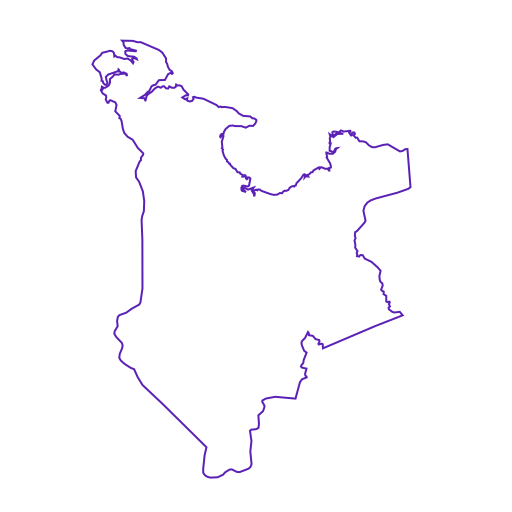 Metuge, Cabo Delgado, Mozambique, rotated 268°
{"feature_id": "85939544B43724113746926", "entity_name": "Metuge", "entity_type": "district", "adm_level": 2, "iso_a3": "MOZ", "parent_name": "Mozambique", "parent_adm1": "Cabo Delgado", "projection": "albers", "projection_center": [40.398, -12.923], "detail": "fine", "context": "isolated", "style": "outline", "palette": "violet", "viewbox_px": 512, "rotation_deg": 268, "n_neighbors": 0, "source": "geoboundaries", "source_scale": "gbopen_adm2", "svg_char_len": 6141}
<svg xmlns="http://www.w3.org/2000/svg" viewBox="0 0 512 512"><g transform="rotate(268 256 256)"><path d="M191.6,400.5L195.2,397.7L194.7,392.3L195.5,390.1L198.2,386.9L199.8,386.7L200.9,388.1L203.3,387.1L204.7,388.0L205.7,387.8L205.3,386.2L205.9,384.6L211.6,384.8L213.4,382.2L216.0,382.4L217.1,380.4L218.1,379.9L222.0,381.6L224.2,381.3L226.0,379.4L228.2,378.8L231.7,378.6L236.8,380.0L240.4,377.2L246.2,371.1L249.6,364.6L253.1,362.7L253.3,360.4L251.8,358.9L252.4,356.9L253.9,357.3L255.5,356.7L257.3,357.6L260.9,355.4L263.6,355.7L268.0,355.0L270.3,356.1L272.8,355.5L276.3,355.9L277.4,357.8L285.3,365.4L287.5,366.7L297.5,364.9L302.2,366.4L305.5,369.2L307.5,372.4L309.3,377.6L314.3,399.4L317.8,410.5L319.4,412.8L357.6,411.1L357.6,409.1L355.8,405.9L355.5,403.5L363.0,391.6L362.6,387.1L360.5,378.6L360.7,375.8L362.7,372.7L365.9,369.7L366.7,367.5L367.1,363.3L370.8,361.2L370.7,359.7L372.8,358.0L373.7,358.0L374.5,359.1L375.9,358.7L376.2,357.4L375.4,356.2L373.3,355.9L373.1,355.2L375.9,353.4L377.3,354.8L377.9,354.6L377.3,348.1L378.5,345.2L377.3,343.8L375.9,344.4L375.1,347.5L375.1,341.6L372.1,337.5L375.1,333.9L372.4,334.5L370.9,333.8L368.3,334.1L366.7,333.4L365.9,333.5L365.9,334.6L362.1,333.4L358.5,333.3L358.1,334.9L357.0,336.5L357.8,337.6L360.3,338.9L360.9,339.9L361.0,341.0L359.9,339.5L357.5,338.8L355.5,336.4L355.6,333.0L357.0,330.0L356.5,329.8L352.6,330.6L352.0,330.0L346.0,333.3L343.1,334.0L341.8,333.9L341.3,332.0L338.1,332.5L340.8,330.6L340.7,328.3L342.4,324.6L342.4,323.9L340.9,322.4L342.4,321.9L339.6,316.5L337.8,315.4L337.7,313.9L335.8,312.0L335.1,309.9L333.6,310.9L333.9,308.3L332.9,307.4L335.6,307.9L336.0,307.2L335.4,306.1L332.2,303.9L327.3,299.0L325.1,298.2L324.8,296.9L324.1,296.5L324.6,295.4L324.2,294.0L323.2,292.2L320.9,290.7L320.0,288.3L320.3,287.0L319.4,285.4L317.8,284.2L318.1,282.1L316.6,279.4L316.5,275.8L317.4,272.5L320.9,263.8L322.2,262.1L322.5,260.5L321.6,259.6L322.3,258.5L321.5,256.3L319.6,255.8L319.3,256.8L318.2,257.0L315.6,256.3L318.1,256.0L321.6,254.0L324.5,256.1L322.6,250.3L324.5,246.9L324.6,245.5L324.1,245.2L322.5,245.9L320.3,248.2L321.6,244.4L322.6,243.8L324.8,243.8L326.6,244.7L326.8,245.9L325.7,250.2L326.6,251.5L333.7,253.1L334.8,251.8L334.8,250.1L334.5,249.6L333.3,250.1L333.0,249.6L333.9,248.7L336.8,248.4L337.1,247.9L335.8,247.4L335.8,245.1L337.4,245.7L338.7,243.2L340.1,242.7L340.4,240.4L343.8,238.5L344.5,236.5L348.1,233.5L349.2,233.2L349.2,232.4L350.8,231.5L351.6,230.3L353.1,230.3L354.2,229.1L357.7,227.4L362.3,226.2L363.5,226.8L365.0,225.6L365.7,226.2L371.3,225.8L377.0,227.7L378.1,226.1L375.9,224.8L376.4,224.3L378.2,224.8L379.2,226.0L379.2,227.8L381.2,228.3L384.0,230.1L387.0,233.9L387.2,237.8L386.6,239.1L386.3,245.9L384.6,250.2L386.4,254.0L386.1,257.6L388.4,259.9L390.9,261.1L392.1,261.0L393.6,258.9L393.7,257.3L395.7,255.0L396.5,248.0L399.1,243.8L401.5,241.8L404.6,237.7L406.1,230.0L405.9,227.0L406.6,225.8L406.1,224.0L408.3,221.7L415.0,209.0L416.4,201.7L417.3,200.0L416.9,198.6L415.2,199.1L413.2,197.5L412.8,195.4L413.2,193.6L414.2,192.4L415.9,192.8L415.1,190.6L417.0,187.9L419.0,191.3L418.9,193.6L419.9,193.9L424.7,189.4L428.3,187.6L429.2,185.5L429.1,183.5L430.1,182.2L427.7,181.6L426.9,179.9L427.2,177.5L428.6,175.3L426.4,174.0L426.7,172.0L428.9,169.9L428.8,168.6L427.5,166.8L428.7,163.8L426.9,160.7L423.6,157.4L421.5,153.9L419.8,152.3L415.4,151.0L415.7,150.5L417.4,150.8L418.0,145.6L420.9,150.6L423.9,153.6L424.2,154.8L429.3,157.6L430.4,159.7L430.6,161.5L435.1,165.1L435.1,171.1L440.8,174.5L442.0,177.1L440.9,178.4L441.6,179.2L443.5,178.4L445.0,176.2L448.3,174.5L451.3,173.9L452.8,172.9L456.6,173.0L462.6,169.4L465.3,166.1L473.7,148.3L473.8,145.0L475.3,140.4L475.9,129.7L474.1,131.1L471.7,131.1L468.5,132.9L467.9,134.9L468.2,136.8L466.7,137.3L466.8,138.8L465.4,143.2L464.8,143.0L465.8,135.4L465.5,133.0L464.9,132.4L462.4,132.6L460.3,134.9L459.4,141.1L457.7,143.5L456.8,143.8L457.9,141.7L457.5,139.2L456.0,139.2L454.2,140.4L452.9,139.8L455.9,137.5L457.8,134.6L457.5,131.2L459.3,126.6L459.6,124.1L461.3,122.3L460.5,121.4L464.2,121.0L465.6,119.6L466.2,117.4L464.4,109.4L461.9,107.5L457.0,101.1L453.2,99.2L448.0,102.8L445.1,106.3L438.4,108.0L436.5,107.7L436.0,109.0L434.4,109.3L432.4,111.1L432.3,112.2L433.4,113.3L435.0,113.6L436.4,112.8L440.2,112.2L442.5,114.6L445.4,124.1L446.0,124.9L447.2,125.1L446.6,125.7L445.1,125.5L444.9,126.6L443.7,128.0L444.1,130.4L442.6,133.0L440.5,133.6L442.9,131.4L442.7,127.0L442.0,124.9L442.4,120.7L440.7,119.6L437.8,116.1L434.6,116.2L431.7,114.9L429.4,111.3L429.4,109.8L430.6,107.9L429.0,107.6L428.1,108.6L427.5,108.2L427.7,107.0L427.1,106.7L423.8,108.5L421.6,111.7L419.8,111.9L417.7,111.3L414.4,112.8L414.3,113.9L416.3,114.9L416.8,115.9L414.4,120.8L411.7,121.9L405.5,120.4L400.8,124.7L398.5,124.3L398.1,125.3L395.8,126.3L387.2,127.5L383.5,128.7L379.7,131.8L376.5,136.8L368.2,141.6L362.5,146.9L361.1,146.7L358.2,144.4L355.8,144.4L354.5,143.0L345.0,138.7L338.7,138.9L334.2,141.8L324.5,145.2L314.8,146.2L304.7,145.5L299.7,143.6L295.9,142.9L276.3,143.0L227.5,141.4L213.8,138.9L211.6,137.7L207.6,129.9L203.9,124.4L201.6,117.3L199.9,115.8L195.9,114.9L190.7,115.3L185.9,112.2L183.3,111.7L180.2,113.3L173.8,118.9L171.3,119.6L168.3,118.9L162.9,116.4L159.0,115.8L156.3,117.2L152.9,120.7L148.5,127.0L147.2,130.2L139.1,133.5L131.0,138.1L110.8,158.1L66.6,199.8L58.7,197.7L45.2,195.8L41.2,195.7L38.7,197.3L37.1,199.6L36.1,202.6L36.2,209.9L38.6,215.5L40.9,217.6L43.4,222.0L43.6,224.4L40.9,229.3L40.6,232.1L43.7,241.1L45.1,242.9L48.1,244.3L60.8,243.5L71.2,245.0L81.6,243.9L82.6,245.2L82.9,250.0L84.2,252.5L88.1,253.1L96.7,252.8L100.7,257.6L104.8,259.2L106.4,259.1L110.2,257.1L111.4,257.4L113.2,260.9L114.6,270.3L112.1,290.5L128.3,295.5L131.2,297.7L132.9,302.4L133.9,302.2L134.7,301.2L136.4,300.9L141.7,302.5L142.9,297.9L143.9,297.1L145.6,297.8L147.3,299.5L150.3,300.0L157.7,303.2L159.6,300.8L165.2,298.7L167.9,298.4L169.7,299.3L172.4,302.2L178.2,305.3L177.3,306.0L175.0,306.2L174.2,310.0L170.8,312.7L169.8,316.2L168.4,316.5L166.0,315.3L165.4,315.7L166.1,318.5L165.5,319.6L161.4,319.7L181.7,372.4L191.6,400.5ZM377.1,336.7L374.9,336.7L373.9,338.2L375.9,341.3L375.5,343.3L376.4,342.9L377.3,341.1L377.7,337.7L377.1,336.7Z" fill="none" stroke="#5b21b6" stroke-width="2"/></g></svg>